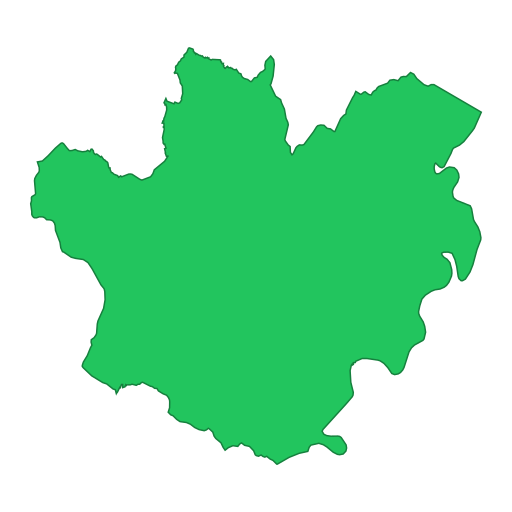 Roldanillo, Valle del Cauca, Colombia
{"feature_id": "7082276B62857285064431", "entity_name": "Roldanillo", "entity_type": "district", "adm_level": 2, "iso_a3": "COL", "parent_name": "Colombia", "parent_adm1": "Valle del Cauca", "projection": "equal_earth", "projection_center": [-76.188, 4.442], "detail": "fine", "context": "isolated", "style": "filled", "palette": "green", "viewbox_px": 512, "rotation_deg": 0, "n_neighbors": 0, "source": "geoboundaries", "source_scale": "gbopen_adm2", "svg_char_len": 5936}
<svg xmlns="http://www.w3.org/2000/svg" viewBox="0 0 512 512"><path d="M307.8,451.4L309.2,447.2L310.9,445.1L318.8,443.3L323.3,444.7L326.8,446.9L333.2,452.2L337.3,454.3L339.6,454.7L343.2,454.0L345.9,451.1L346.6,448.0L346.1,444.9L341.2,437.5L339.6,436.4L337.8,436.1L330.8,436.2L326.7,435.6L323.9,434.3L322.1,431.3L323.0,429.4L346.3,403.7L352.2,396.8L353.0,395.2L353.3,392.4L350.8,382.3L350.1,370.6L351.3,365.3L351.9,364.4L352.5,364.9L352.8,364.1L353.4,364.3L353.5,363.7L353.0,363.5L353.3,362.6L355.3,362.5L355.8,361.2L362.1,358.5L367.0,358.5L377.9,360.1L380.1,360.8L384.0,363.4L387.8,367.6L391.8,373.5L394.6,374.6L398.2,373.9L400.5,372.5L402.7,370.0L404.0,367.5L409.0,351.9L411.5,347.8L414.5,345.0L422.9,340.4L424.0,339.0L425.6,332.2L424.7,326.3L423.2,321.9L419.7,316.2L418.7,313.5L418.6,311.5L419.8,305.7L421.9,299.1L425.3,295.2L431.2,291.3L434.9,289.8L440.1,289.0L444.2,287.2L446.5,285.4L448.9,282.2L451.5,276.1L451.9,273.3L451.7,269.6L449.9,262.7L447.0,259.2L444.1,257.4L442.3,255.4L441.6,253.8L441.9,253.0L443.7,252.2L448.2,252.1L452.1,253.3L455.0,259.6L456.7,266.3L458.2,276.5L459.0,278.7L461.1,280.7L462.5,280.7L465.4,279.1L470.0,272.0L472.9,264.7L477.0,249.5L480.7,239.9L480.9,237.7L479.8,231.8L477.9,227.0L474.4,221.5L473.5,219.5L471.6,208.8L470.2,205.8L456.7,200.4L453.7,197.9L453.0,196.1L452.4,192.0L452.8,189.9L453.8,187.5L457.6,181.9L459.0,177.4L458.6,173.9L456.8,170.1L454.2,167.7L449.5,167.0L446.5,168.0L439.4,173.5L436.8,173.9L435.6,173.2L434.8,171.8L434.2,168.9L434.2,166.7L434.9,163.8L435.7,163.1L439.5,166.8L441.0,167.5L442.1,167.7L444.1,166.6L451.0,153.4L452.5,149.5L453.5,148.1L459.5,145.1L463.8,141.6L472.5,130.7L474.3,128.1L481.3,112.2L433.9,84.6L431.2,84.6L428.1,86.2L424.0,84.7L416.8,78.6L413.8,74.2L410.5,72.5L406.3,76.6L403.4,76.5L401.0,77.1L398.1,80.7L393.8,79.6L389.9,80.2L387.6,83.2L378.7,86.5L377.2,87.9L375.8,90.2L374.6,90.6L372.8,92.1L371.2,95.0L368.8,94.5L365.2,91.8L363.8,92.2L361.3,94.2L360.3,94.2L355.8,91.4L354.1,95.4L352.7,97.5L346.4,110.1L345.9,114.0L343.7,115.4L340.7,118.6L334.9,131.5L333.9,131.5L330.5,128.9L327.2,128.4L324.0,125.3L320.7,125.0L317.8,125.7L316.6,126.8L313.5,131.8L303.9,144.6L302.1,145.1L299.3,144.9L297.1,146.4L295.9,147.8L293.2,153.7L292.0,154.8L290.4,152.4L290.1,146.5L288.2,145.0L285.3,140.9L284.8,139.5L288.3,124.8L287.8,122.3L286.0,118.3L284.4,109.1L281.6,103.0L280.6,99.6L275.6,96.2L270.2,84.9L271.0,83.8L273.1,76.1L274.3,64.5L273.6,59.6L270.7,56.0L265.7,61.4L264.9,65.2L265.2,68.7L264.7,69.7L262.5,71.5L260.5,72.4L258.2,75.1L257.2,77.3L254.4,77.9L251.5,81.5L250.5,81.6L247.7,79.5L244.2,78.5L242.5,77.3L241.6,76.0L240.9,73.8L238.8,73.1L236.3,69.3L235.0,69.9L233.1,69.3L232.4,68.4L231.2,68.3L230.7,67.5L228.9,67.9L227.6,66.4L227.2,67.1L226.5,66.9L225.3,68.4L224.8,68.3L223.5,66.3L223.9,65.5L223.2,64.8L223.4,63.4L221.9,63.6L221.5,61.9L220.7,61.8L220.6,60.2L220.2,59.8L212.3,59.4L211.1,60.0L208.9,58.9L208.8,57.9L207.9,58.2L207.5,57.3L205.9,58.0L205.4,57.3L204.5,57.9L203.3,57.2L202.4,55.9L201.4,56.1L200.6,55.5L199.2,55.3L196.6,53.6L195.8,54.3L195.4,53.0L194.5,53.0L194.0,51.8L193.4,51.5L193.4,50.1L192.9,49.1L189.5,47.9L188.5,48.2L186.8,52.3L184.0,55.0L184.0,57.1L181.3,58.9L180.4,60.9L178.7,62.2L177.4,64.9L176.0,65.9L175.5,67.2L175.8,69.0L175.5,70.9L174.3,72.8L174.8,73.4L175.6,73.0L177.4,73.4L180.0,80.0L180.3,82.9L182.3,86.0L182.7,93.7L181.3,98.5L181.7,99.9L179.6,103.0L178.0,103.4L174.9,102.1L174.0,103.8L167.0,101.2L165.9,98.5L164.0,102.8L164.5,103.0L165.1,105.0L165.9,104.6L166.6,107.0L166.7,110.0L164.8,116.7L164.0,118.2L163.6,121.0L163.0,120.8L162.2,123.1L163.9,123.2L164.0,126.8L163.4,126.8L163.4,127.4L164.1,127.4L164.2,129.5L162.5,137.6L163.1,141.1L163.1,143.0L164.1,144.4L164.7,144.1L166.0,148.2L164.6,148.7L165.5,152.7L165.2,153.0L166.4,156.3L167.5,156.5L168.4,155.5L164.6,161.3L154.3,169.8L152.9,173.7L150.6,176.8L141.9,180.1L139.8,179.3L132.1,174.3L130.4,174.0L128.7,174.1L121.7,176.8L120.7,175.9L118.6,177.3L117.6,175.6L113.9,174.2L112.4,172.7L111.4,172.6L110.2,169.8L110.0,167.9L109.1,168.0L108.6,167.0L107.8,162.8L106.6,161.4L105.7,161.2L105.1,160.2L103.7,159.5L101.5,156.4L100.6,157.0L97.2,154.3L96.2,154.0L95.5,154.5L94.6,154.0L93.5,152.4L93.4,150.9L92.0,149.1L91.1,149.2L89.8,151.6L87.6,150.3L86.3,151.3L82.5,151.8L77.7,150.8L75.2,149.5L72.2,150.5L69.9,150.7L69.2,150.5L67.3,148.4L63.5,143.6L62.1,142.9L60.9,143.3L55.4,148.1L48.1,155.8L42.4,161.0L37.4,161.9L39.2,167.5L39.3,170.9L38.8,172.3L36.4,175.4L34.8,178.5L34.5,180.7L35.6,193.6L35.1,194.7L31.9,196.6L31.4,197.7L31.5,200.9L30.7,203.7L31.8,211.7L31.8,214.4L32.3,215.8L33.6,217.4L34.6,217.8L36.6,217.8L39.3,216.8L42.7,216.9L44.6,217.7L46.6,219.7L50.3,219.9L52.7,220.8L54.4,223.0L55.2,225.6L55.5,230.4L60.0,242.4L60.8,247.9L62.5,251.7L63.6,252.0L71.2,257.2L75.7,258.4L83.3,259.5L88.0,262.6L92.1,268.7L101.0,284.9L104.1,288.7L104.8,291.6L105.1,299.8L103.6,308.4L98.0,320.9L97.3,323.9L96.6,333.4L95.9,335.1L94.1,337.7L91.3,339.7L91.1,342.1L91.9,345.2L90.6,347.5L87.3,355.6L83.4,362.0L82.3,365.4L82.3,366.5L83.4,367.9L91.8,375.9L102.8,382.6L106.7,383.9L113.1,389.0L115.3,389.7L116.3,393.5L117.2,391.6L117.2,392.4L117.5,392.0L119.8,387.3L120.3,387.7L121.5,384.5L122.7,384.5L122.7,387.6L125.0,386.8L125.8,384.7L126.4,385.3L126.5,384.9L130.5,384.8L132.0,384.2L136.3,385.3L137.9,384.3L139.7,384.2L141.3,382.7L142.5,382.2L150.4,386.2L152.3,386.6L154.6,388.3L157.0,388.5L158.4,390.9L163.1,393.8L166.6,395.2L168.4,397.5L169.5,399.9L169.7,401.8L169.6,407.8L168.2,412.2L170.7,414.8L173.0,415.7L176.6,419.3L180.0,421.6L186.4,422.5L190.4,424.2L194.7,427.5L199.1,429.6L204.2,430.7L206.4,429.9L208.3,428.3L209.4,428.9L212.8,432.1L214.1,436.1L215.8,438.5L221.0,442.8L223.1,447.3L225.1,450.2L228.4,447.6L232.9,445.7L237.8,446.4L239.7,444.0L241.5,442.9L244.6,445.3L249.5,446.4L253.7,450.8L255.2,454.7L256.3,455.6L258.5,456.2L261.1,455.0L262.9,456.4L264.8,457.1L266.7,456.3L270.2,459.1L273.0,460.4L276.7,464.1L277.4,464.1L289.2,457.3L299.2,453.3L307.8,451.4Z" fill="#22c55e" stroke="#15803d" stroke-width="1.5"/></svg>